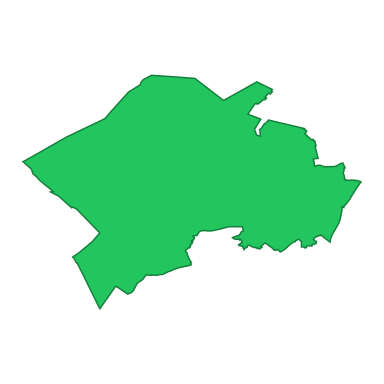 Westerveld, Drenthe, Netherlands
{"feature_id": "6326949B14742340230045", "entity_name": "Westerveld", "entity_type": "district", "adm_level": 2, "iso_a3": "NLD", "parent_name": "Netherlands", "parent_adm1": "Drenthe", "projection": "equal_earth", "projection_center": [6.318, 52.828], "detail": "fine", "context": "isolated", "style": "filled", "palette": "green", "viewbox_px": 384, "rotation_deg": 0, "n_neighbors": 0, "source": "geoboundaries", "source_scale": "gbopen_adm2", "svg_char_len": 5781}
<svg xmlns="http://www.w3.org/2000/svg" viewBox="0 0 384 384"><path d="M142.9,79.9L140.6,83.2L140.3,84.7L128.6,92.0L111.2,111.3L104.8,118.7L96.4,122.8L90.6,125.5L66.4,137.1L25.5,160.4L24.4,161.0L23.0,161.6L31.4,169.2L32.9,173.7L36.4,176.7L37.6,177.9L38.5,179.0L38.9,179.6L39.0,179.8L42.8,182.9L44.5,184.4L45.5,185.1L53.2,191.5L50.6,192.0L58.5,196.0L71.6,207.7L71.8,207.3L72.3,207.0L76.8,209.1L77.1,209.5L78.4,210.9L99.8,232.9L92.4,241.5L79.6,252.3L72.9,256.9L72.7,257.2L73.3,257.4L73.8,258.0L74.2,258.4L74.5,259.3L74.9,260.1L76.5,262.9L77.1,262.8L83.1,274.9L91.0,290.9L93.1,295.2L98.2,305.5L99.6,308.3L99.9,308.7L100.7,307.5L100.8,307.5L100.8,307.4L115.6,286.3L117.2,287.0L117.5,286.8L117.7,287.1L118.0,287.5L127.7,294.1L130.7,292.9L131.8,292.2L132.6,291.5L133.5,290.4L134.0,289.4L136.7,284.4L137.3,283.4L138.0,282.7L138.7,282.1L139.5,281.6L141.3,280.6L142.2,279.9L142.7,279.5L143.2,278.9L144.2,277.4L145.0,276.3L146.1,275.2L147.0,274.6L148.3,275.2L149.5,275.4L154.0,275.0L154.4,275.0L155.3,275.3L156.0,275.4L156.8,275.3L157.5,275.1L159.7,274.6L159.9,274.5L160.4,274.5L161.7,274.5L162.5,274.4L163.1,274.3L164.4,273.6L165.8,273.0L167.7,271.9L169.6,271.3L170.4,271.0L172.5,270.1L173.3,269.6L173.8,269.4L177.3,268.3L179.7,267.5L188.9,265.6L190.5,265.2L190.8,265.0L191.1,264.7L191.2,264.4L191.1,264.2L190.7,263.4L190.6,263.0L190.7,262.8L190.9,262.7L191.3,262.5L190.3,260.9L188.9,258.3L187.5,255.0L187.1,254.0L186.9,252.7L186.7,252.4L186.1,252.1L185.7,251.2L185.5,250.9L185.7,250.4L185.7,250.2L185.9,250.1L187.1,249.1L187.5,248.7L187.8,248.2L188.8,248.0L189.3,247.9L189.5,247.6L189.9,247.4L189.9,247.2L190.1,246.9L190.3,246.9L190.5,246.7L190.3,246.4L189.8,246.1L189.7,246.0L189.7,245.8L189.9,245.6L190.5,245.4L190.8,244.9L190.9,244.5L191.2,244.1L191.7,243.8L191.3,243.4L192.2,242.9L192.2,242.7L192.4,242.3L192.6,242.0L192.5,241.7L191.8,241.6L191.7,241.5L191.6,241.2L191.6,240.6L191.9,240.4L192.1,240.3L192.6,240.5L192.7,240.4L192.8,240.4L192.6,240.1L192.5,239.9L193.1,239.5L193.5,239.4L193.8,239.1L194.1,239.0L194.5,238.2L194.5,237.9L194.4,237.6L193.6,237.1L193.2,236.5L193.0,236.1L193.7,236.0L195.3,235.6L196.5,235.6L196.9,235.5L197.1,235.3L198.6,232.7L199.1,232.1L199.7,231.6L200.3,231.2L201.2,230.8L201.8,230.7L202.6,230.7L206.1,230.6L206.5,230.7L207.6,231.0L208.1,231.0L212.2,230.8L215.4,230.1L219.7,229.1L222.7,228.4L224.0,228.0L224.4,227.9L227.4,227.1L229.8,226.7L242.4,226.7L243.3,231.1L242.1,231.5L241.3,231.9L239.4,235.1L232.4,237.6L232.5,237.8L233.0,238.0L233.6,238.5L235.0,239.1L237.2,239.4L237.5,239.4L238.3,239.3L238.7,239.2L239.3,238.9L239.5,238.9L239.9,239.1L239.9,240.0L240.5,239.6L240.8,239.6L240.9,239.8L241.9,241.2L241.6,241.4L242.1,242.6L240.5,243.3L240.1,243.6L239.4,244.2L238.5,245.0L239.1,245.7L240.2,245.1L241.1,246.2L242.2,246.1L242.5,246.1L242.8,246.3L242.5,246.5L244.1,249.6L244.6,248.6L245.3,248.2L246.1,247.7L247.0,247.2L247.3,247.0L247.4,246.8L247.3,246.1L247.4,245.9L247.6,245.7L248.1,245.5L249.2,245.2L249.6,245.2L250.0,245.4L250.5,245.8L251.2,246.5L251.6,246.7L253.4,247.1L255.0,247.7L255.9,247.4L257.6,248.7L258.4,248.1L258.6,248.1L258.7,248.3L259.7,249.0L262.0,247.2L260.8,246.3L265.2,242.9L273.5,249.0L273.3,249.2L274.0,249.9L274.1,250.1L274.6,249.8L275.2,250.2L275.7,250.0L276.2,250.0L276.4,250.2L278.0,249.5L279.5,251.3L280.1,251.9L280.3,252.0L283.3,250.3L286.4,248.0L288.5,245.9L292.7,242.5L295.5,241.5L295.5,241.4L295.5,241.1L295.5,240.7L295.9,240.4L296.3,240.2L297.0,240.1L298.0,239.3L298.1,239.2L299.5,239.8L301.3,241.5L301.5,247.0L301.9,246.9L303.6,247.0L304.6,247.4L305.1,247.5L305.1,247.9L306.2,247.7L306.7,246.7L307.1,246.1L307.7,245.8L308.2,245.6L308.9,245.6L309.1,245.6L309.4,245.8L309.7,245.8L309.8,245.7L311.8,246.1L312.2,244.6L313.8,244.4L314.0,243.9L314.5,244.0L315.9,243.6L316.0,243.6L316.0,243.4L316.5,241.4L314.7,240.9L314.1,240.6L314.1,239.6L313.5,239.3L313.7,238.7L314.1,238.4L314.7,237.7L316.5,236.6L317.0,236.3L317.6,236.3L317.8,235.9L318.4,235.8L319.3,235.5L320.3,235.5L320.6,234.9L330.0,242.1L330.4,239.9L330.8,238.3L331.6,236.1L332.6,234.0L338.0,224.6L338.6,223.4L339.2,221.9L339.9,220.1L340.4,218.1L340.9,215.1L341.0,215.1L341.3,213.0L341.7,211.6L342.0,209.9L342.0,209.4L342.0,209.1L342.1,208.9L341.6,207.9L341.5,207.5L341.6,207.3L342.1,206.8L342.6,206.4L343.0,206.8L342.8,207.0L343.5,207.4L343.7,206.9L343.8,207.0L343.8,206.8L345.1,205.0L346.0,204.1L349.1,200.2L349.6,199.4L353.0,193.8L353.8,192.7L354.2,191.9L356.4,188.5L358.0,186.1L361.0,181.9L357.3,180.5L351.4,180.0L351.1,180.1L349.7,180.4L349.2,180.4L344.7,179.9L345.0,179.4L343.2,172.3L344.1,170.6L343.9,168.4L344.0,168.3L345.1,167.9L342.8,163.0L341.2,163.4L339.6,164.1L338.7,164.6L337.2,165.5L336.2,166.0L335.2,166.3L334.0,166.6L325.6,166.7L324.5,166.7L323.6,166.5L323.0,166.3L321.0,165.5L320.2,165.3L319.1,165.2L317.6,165.4L314.8,166.1L314.5,165.3L314.3,164.8L314.2,164.4L314.1,162.6L314.2,162.3L314.2,161.9L313.6,161.3L313.5,160.6L313.3,159.0L313.4,158.9L315.3,158.8L315.6,158.6L315.9,158.6L318.1,158.4L315.0,145.8L316.0,145.7L315.3,143.1L314.7,140.9L313.7,140.9L313.3,139.4L311.8,140.1L304.8,133.7L305.3,133.2L305.7,132.6L306.1,132.3L306.2,132.0L306.4,131.2L306.7,130.9L304.3,129.6L304.8,129.3L304.6,128.6L284.3,123.8L276.9,122.1L268.5,120.0L266.1,122.8L265.6,123.2L264.3,123.9L264.1,124.1L262.9,125.9L262.4,126.8L261.6,127.9L261.1,128.4L260.0,129.3L259.7,129.7L259.6,129.8L259.7,130.1L260.1,132.0L260.2,133.7L260.3,134.5L260.2,136.1L256.6,135.1L254.5,129.3L260.8,119.2L247.9,114.2L254.5,104.4L255.1,103.8L255.4,103.7L256.3,104.0L256.8,103.4L258.2,104.0L258.9,103.0L259.2,103.1L262.0,100.8L262.9,100.1L263.7,99.3L264.9,99.8L265.1,99.7L266.5,98.1L264.9,97.5L268.0,93.5L268.3,93.2L270.3,94.1L272.3,91.7L271.0,91.0L272.3,89.5L256.8,81.9L224.4,100.0L223.3,100.3L194.9,78.4L176.3,77.0L151.4,75.3L142.9,79.9Z" fill="#22c55e" stroke="#15803d" stroke-width="1.5"/></svg>